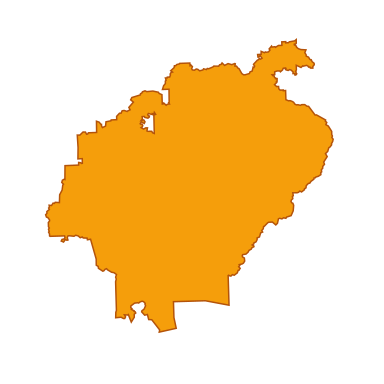 South Burnett, Queensland, Australia, rotated 260°
{"feature_id": "25037944B91914901383533", "entity_name": "South Burnett", "entity_type": "district", "adm_level": 2, "iso_a3": "AUS", "parent_name": "Australia", "parent_adm1": "Queensland", "projection": "natural_earth1", "projection_center": [151.784, -26.401], "detail": "fine", "context": "isolated", "style": "filled", "palette": "amber", "viewbox_px": 384, "rotation_deg": 260, "n_neighbors": 0, "source": "geoboundaries", "source_scale": "gbopen_adm2", "svg_char_len": 6033}
<svg xmlns="http://www.w3.org/2000/svg" viewBox="0 0 384 384"><g transform="rotate(260 192 192)"><path d="M226.1,66.4L224.0,65.4L222.0,66.8L221.2,65.9L216.4,64.4L212.3,61.2L204.6,59.6L205.6,55.5L204.7,54.5L205.2,53.3L203.1,51.3L203.8,49.0L201.8,48.9L201.1,48.0L199.6,48.5L198.0,45.7L196.1,45.4L195.0,43.9L192.6,44.3L191.8,45.6L189.2,46.9L188.2,46.7L186.9,45.2L182.7,44.6L181.3,45.2L180.3,44.2L177.9,44.5L177.4,43.8L175.5,44.4L173.5,44.1L173.0,44.5L170.9,58.9L169.0,59.0L167.9,57.7L167.9,55.8L166.4,54.7L165.0,56.8L167.1,59.0L166.2,60.5L166.3,61.5L168.6,61.2L170.2,62.1L170.3,63.2L168.9,68.1L169.6,70.0L168.5,72.3L166.4,74.0L166.8,76.1L165.6,76.9L164.8,80.7L163.1,80.7L163.1,83.9L142.6,86.0L136.5,85.0L135.0,86.7L133.1,86.6L129.5,90.4L129.7,91.5L131.0,93.0L131.3,94.6L130.1,95.2L127.0,98.8L126.0,101.3L123.8,103.3L121.4,102.0L119.4,102.3L117.0,101.2L88.5,97.0L86.8,96.1L81.4,95.0L81.0,100.4L79.3,102.5L79.1,103.8L80.6,104.9L82.8,104.1L82.0,107.2L82.4,108.0L74.4,109.6L78.7,113.4L81.7,113.9L82.6,115.6L83.8,115.3L84.5,114.2L85.1,114.4L86.9,111.9L87.6,112.6L88.8,111.6L90.4,112.0L92.5,116.1L92.4,119.1L91.9,120.2L92.8,121.9L93.1,123.9L92.4,125.3L90.4,126.6L89.7,126.2L88.0,126.5L84.9,124.4L83.8,122.1L82.7,121.6L78.9,124.0L79.1,126.8L73.9,127.2L73.2,130.2L61.8,136.2L59.7,135.4L60.5,152.8L71.5,152.4L87.2,154.7L82.6,186.2L74.1,208.8L103.5,213.1L103.7,213.6L102.6,215.0L102.5,215.9L103.6,217.4L102.7,219.1L104.5,222.6L106.8,223.8L106.7,224.6L108.5,226.2L110.3,225.0L111.5,226.4L112.3,226.0L112.4,228.8L113.0,230.3L114.8,231.9L117.9,232.1L119.3,230.5L120.5,230.4L121.5,231.0L121.5,234.4L123.1,236.9L124.6,238.0L125.4,240.4L126.6,241.2L127.4,243.5L128.4,243.4L129.4,242.1L130.1,243.8L131.1,244.1L131.8,246.4L133.7,247.8L135.5,248.2L136.0,250.6L139.8,252.5L140.3,254.6L142.0,254.0L143.4,255.8L145.6,256.5L145.6,257.2L148.6,261.3L148.9,262.4L148.4,266.0L145.0,268.8L146.3,270.7L150.6,272.5L150.9,273.7L149.9,275.9L150.7,277.7L149.8,279.9L150.9,280.9L151.5,285.5L155.9,288.4L159.3,289.3L161.3,289.8L163.4,289.4L163.9,288.5L165.4,287.8L167.0,288.6L167.9,290.1L170.3,290.1L170.7,291.1L173.7,291.1L173.0,295.4L173.2,296.9L174.2,298.3L173.0,299.9L174.7,303.1L175.6,303.3L176.3,305.0L178.2,305.5L179.2,306.6L180.2,308.1L180.3,309.6L181.8,311.0L183.4,314.2L184.6,314.6L184.6,315.9L185.3,316.7L185.5,319.0L186.7,321.9L188.8,322.2L189.3,323.2L191.5,323.3L192.6,324.8L194.5,325.2L196.3,327.3L198.6,326.9L203.4,331.3L206.6,330.1L208.4,332.7L211.8,334.4L212.4,335.8L214.2,337.7L215.3,337.7L217.3,339.3L219.5,340.2L221.4,339.2L222.7,340.0L224.4,339.6L227.4,340.1L233.3,337.7L235.1,335.5L237.1,336.8L238.6,335.6L239.7,336.1L246.3,328.0L246.4,326.6L256.1,321.7L256.6,320.0L258.5,318.2L259.0,315.0L258.5,313.9L259.6,311.4L259.6,310.2L260.5,308.7L262.8,307.6L264.1,306.0L265.0,304.3L265.0,303.0L266.6,300.5L275.7,301.8L275.9,299.5L276.6,299.6L277.0,296.5L278.6,295.4L280.9,295.6L281.2,293.6L283.4,291.9L285.2,294.5L285.8,294.2L286.2,295.0L288.9,295.5L289.1,294.1L289.6,294.3L290.4,293.2L292.1,293.0L292.5,291.8L293.6,291.2L293.3,293.9L296.0,294.3L296.4,296.8L296.0,299.4L295.0,299.9L296.5,302.4L298.0,303.3L297.9,305.6L297.5,306.0L296.7,305.3L296.0,305.7L295.0,307.8L295.6,309.5L294.7,310.9L292.6,312.4L291.1,312.0L290.8,313.5L289.2,313.8L289.4,315.0L290.2,315.7L291.0,315.0L292.1,315.4L292.8,314.9L294.1,316.0L298.7,316.7L295.7,321.0L297.0,323.0L296.6,323.4L296.8,326.9L295.4,328.5L294.8,328.5L294.5,329.9L293.5,330.1L293.0,332.5L294.6,332.8L296.1,334.5L297.6,334.6L299.5,332.9L301.5,332.4L301.4,331.9L302.4,331.0L304.6,330.2L305.9,328.1L307.4,328.2L309.6,327.3L312.2,328.9L313.4,323.9L314.7,321.6L316.4,320.1L317.5,320.1L319.2,318.3L319.9,318.5L319.7,319.7L320.4,320.5L324.0,321.1L323.0,319.4L323.0,314.0L322.3,312.8L322.6,310.2L323.8,310.4L324.3,306.5L320.8,306.0L321.3,302.6L320.0,299.3L320.7,298.9L320.8,296.0L321.9,295.7L319.5,292.8L318.2,293.4L316.7,291.7L316.7,289.3L317.2,288.5L316.6,287.5L318.5,284.5L315.6,284.0L316.0,280.5L313.4,280.4L313.3,281.4L314.5,282.8L311.6,284.2L310.9,282.4L311.8,281.3L310.8,280.6L310.5,279.3L307.2,274.9L306.9,274.7L305.1,275.6L304.7,275.6L305.0,275.5L303.9,274.6L304.4,273.9L300.6,272.2L300.3,270.1L298.7,269.1L298.2,264.5L298.5,263.1L300.0,261.6L305.4,259.7L305.8,258.9L308.2,257.7L308.6,256.1L310.8,256.9L311.1,256.5L310.5,253.3L312.2,249.8L311.0,246.1L313.9,244.0L312.6,242.8L312.5,241.3L311.3,240.1L312.2,235.3L311.5,234.3L310.5,229.8L311.0,228.5L310.1,227.4L311.3,224.8L310.3,223.9L310.0,220.6L311.8,219.0L312.4,217.5L311.5,215.5L312.2,213.5L313.5,213.1L315.4,214.2L316.4,213.5L316.7,212.0L317.8,212.8L318.5,211.9L319.4,212.2L320.8,202.1L320.3,201.6L320.2,199.2L319.2,197.8L319.4,196.6L317.6,196.0L315.1,192.1L313.5,193.6L313.2,192.0L311.9,190.9L311.0,191.1L309.1,190.0L309.4,187.6L308.7,187.4L308.9,185.6L306.5,185.9L305.9,185.0L303.4,184.6L301.6,182.5L298.1,180.7L297.2,187.2L284.4,185.1L284.1,184.5L282.6,185.1L282.7,183.0L281.9,181.6L284.5,179.7L284.8,178.8L283.8,178.9L283.8,178.0L293.1,179.3L294.7,176.8L296.1,176.2L298.2,171.0L298.7,164.9L299.8,163.3L299.3,160.6L298.3,159.9L297.7,158.3L296.6,158.0L295.5,149.2L293.4,147.6L290.7,149.9L286.3,144.5L283.7,145.3L282.8,142.1L282.3,142.6L284.1,139.3L284.1,137.3L281.9,135.8L282.2,134.3L279.6,130.9L276.3,130.4L277.0,124.9L276.2,124.5L276.1,119.5L271.9,118.3L271.0,115.0L272.7,114.4L274.3,114.6L274.3,114.1L276.9,112.7L278.3,110.2L267.2,108.4L268.3,100.2L267.2,99.3L267.2,98.2L269.5,97.5L270.0,95.1L267.5,91.4L268.0,88.9L255.5,87.5L244.4,85.4L243.9,89.7L239.3,89.0L239.3,88.2L240.2,87.4L240.8,85.5L238.2,85.0L240.0,71.5L226.4,69.0L226.8,68.4L226.1,66.4ZM276.9,162.7L275.1,166.5L276.1,166.6L275.4,168.0L277.0,168.7L274.8,169.7L274.4,167.8L256.2,165.0L257.2,163.4L258.8,162.9L259.4,159.1L260.0,158.2L262.9,159.3L263.2,157.6L262.4,155.2L264.2,153.0L264.9,154.5L266.3,155.1L267.5,154.5L267.4,153.6L268.2,152.8L269.6,154.0L269.9,154.4L267.8,156.9L269.3,157.9L271.4,157.0L271.3,154.4L272.6,155.8L274.9,156.0L274.7,158.1L273.6,158.5L272.4,161.4L273.0,162.7L274.2,163.3L274.7,162.2L275.8,161.8L276.9,162.7Z" fill="#f59e0b" stroke="#b45309" stroke-width="1.5"/></g></svg>